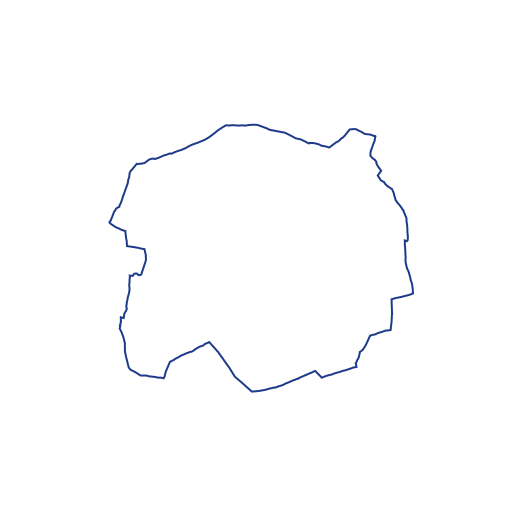 Vegårshei nor, Aust-Agder, Norway, rotated 45°
{"feature_id": "86288312B64085971286736", "entity_name": "Vegårshei nor", "entity_type": "district", "adm_level": 2, "iso_a3": "NOR", "parent_name": "Norway", "parent_adm1": "Aust-Agder", "projection": "mercator", "projection_center": [8.831, 58.755], "detail": "fine", "context": "isolated", "style": "outline", "palette": "blue", "viewbox_px": 512, "rotation_deg": 45, "n_neighbors": 0, "source": "geoboundaries", "source_scale": "gbopen_adm2", "svg_char_len": 6074}
<svg xmlns="http://www.w3.org/2000/svg" viewBox="0 0 512 512"><g transform="rotate(45 256 256)"><path d="M366.6,327.2L367.2,324.9L367.4,324.4L368.0,323.3L370.4,317.2L371.1,315.9L371.4,315.0L371.6,314.6L371.8,314.0L372.7,312.7L372.5,312.3L372.7,311.8L374.0,308.4L374.5,307.3L374.9,305.9L375.6,304.9L375.5,304.6L375.9,303.8L376.0,303.2L376.4,302.5L377.1,300.5L377.7,299.2L378.1,298.2L378.6,296.6L379.2,295.4L388.6,295.5L388.9,294.6L390.6,290.8L390.9,290.2L391.2,289.8L392.0,288.4L392.7,287.3L393.6,285.8L394.3,284.0L395.1,282.4L396.5,279.9L396.9,279.4L399.0,275.1L399.5,274.5L401.7,270.3L402.9,267.8L403.7,265.9L404.6,264.8L405.5,263.4L403.1,261.7L402.4,261.4L401.9,259.7L401.3,258.3L400.8,256.4L400.1,254.6L398.1,251.5L397.3,250.5L397.7,248.4L397.7,247.7L397.7,246.4L397.3,244.1L396.8,242.1L396.2,240.2L393.0,231.6L393.3,231.2L394.1,229.4L395.5,227.6L396.5,224.9L397.1,223.5L399.0,220.1L399.7,218.4L400.3,217.3L401.0,216.3L402.1,215.2L403.5,213.2L403.3,212.8L401.4,210.6L398.5,206.8L396.1,204.1L394.3,202.2L393.0,200.5L392.3,200.0L389.5,197.3L384.8,193.0L384.1,192.2L382.5,190.8L383.4,189.0L384.7,186.7L387.9,181.9L389.0,179.9L391.9,175.1L393.5,171.4L390.3,168.7L389.8,168.2L388.2,167.1L387.2,166.2L385.5,165.1L382.2,163.5L381.8,163.1L378.8,161.3L374.9,159.1L374.1,158.8L372.3,158.3L371.0,157.6L369.2,156.6L365.9,154.4L364.8,153.4L362.6,151.0L354.7,143.9L353.4,143.0L351.6,141.0L350.2,139.8L352.2,138.8L352.0,137.5L349.9,135.1L346.6,132.4L344.5,130.4L341.5,127.7L337.6,124.8L337.4,124.5L335.8,123.0L334.2,122.2L333.1,121.9L332.4,121.5L329.6,120.4L327.7,119.4L326.8,119.6L325.6,119.1L320.7,118.4L319.2,118.4L315.0,117.7L313.3,116.6L310.8,115.4L309.5,114.4L307.0,113.3L304.7,112.5L304.3,112.6L303.4,112.9L301.9,113.1L300.5,113.5L298.6,113.7L295.6,113.6L294.5,113.1L291.8,114.0L290.6,114.2L287.7,113.5L285.2,113.0L284.2,107.2L280.1,106.6L278.1,106.2L275.8,105.4L275.1,104.8L274.4,104.3L271.9,104.0L270.9,104.1L270.4,104.3L268.5,104.4L266.2,104.3L265.3,103.5L264.3,102.5L263.2,101.0L262.3,99.3L261.1,96.5L260.2,95.0L259.4,92.9L258.2,90.2L257.5,89.5L256.4,88.0L256.3,87.7L256.0,87.1L255.7,86.9L255.0,87.1L254.1,88.0L252.7,88.4L252.1,88.9L251.1,89.2L246.6,92.8L243.5,93.5L237.1,95.6L235.6,96.9L232.8,100.2L233.7,108.5L233.6,109.5L233.7,110.3L233.5,111.6L233.1,112.6L233.3,113.8L233.3,114.5L233.2,115.1L233.2,116.5L232.3,119.0L231.5,124.7L231.1,127.5L228.0,129.1L224.3,131.7L222.0,132.4L220.4,133.2L217.6,134.9L216.0,136.2L214.9,137.3L214.1,137.9L214.0,138.8L213.2,139.3L212.8,139.3L211.7,139.8L211.1,139.8L205.0,142.0L200.9,144.7L193.8,146.8L189.2,148.4L176.3,157.2L175.3,157.4L173.4,158.1L165.6,161.7L164.0,162.6L161.7,164.6L161.0,165.5L160.5,165.9L159.2,167.4L157.5,169.6L156.5,171.1L155.7,171.7L153.4,173.9L151.1,176.5L147.5,179.5L146.5,180.5L145.4,181.9L145.2,182.3L142.4,184.7L141.4,188.5L140.2,194.3L140.0,196.5L139.9,197.4L139.8,198.4L139.4,201.4L138.8,205.4L137.4,210.7L136.7,212.3L136.3,213.2L134.6,217.3L133.2,220.1L132.9,220.9L132.3,222.0L131.3,224.7L130.3,227.9L130.2,229.0L129.9,229.7L127.9,234.4L126.2,237.6L125.1,240.1L124.6,241.5L124.1,243.2L122.5,244.5L121.0,247.9L119.8,250.0L117.6,255.6L116.2,258.5L116.0,258.8L114.3,259.9L113.2,261.4L112.7,262.4L112.2,263.7L111.5,268.6L111.3,269.2L110.4,270.7L107.7,274.2L106.5,275.1L107.2,282.3L107.2,284.2L107.8,286.1L108.0,286.7L108.3,287.1L108.8,287.7L110.7,290.1L111.2,291.0L111.5,292.0L114.0,295.5L115.6,298.9L116.6,301.1L116.9,301.8L117.2,302.3L118.8,305.6L119.4,306.8L119.5,307.6L120.2,308.6L120.5,309.2L121.5,311.0L122.4,313.0L123.3,315.0L123.5,316.2L124.6,317.9L124.4,318.5L123.9,319.7L123.6,321.1L123.8,322.2L123.9,322.7L124.2,323.3L124.3,324.0L124.3,324.8L126.2,329.2L126.8,330.3L127.0,331.0L127.6,332.4L127.8,333.2L128.3,333.7L128.2,334.2L128.4,335.4L128.6,335.9L130.2,336.0L135.5,335.0L137.2,334.5L139.8,333.4L142.3,332.6L143.6,332.0L145.9,330.7L148.8,333.1L151.9,335.5L153.9,336.7L155.8,338.5L157.8,340.2L164.8,335.0L165.4,334.7L166.2,334.0L169.5,332.0L172.3,330.0L174.0,331.2L177.1,333.0L180.7,336.3L181.7,337.8L187.9,350.2L187.9,350.5L187.6,351.1L186.9,352.2L186.7,352.5L186.4,352.6L184.3,352.6L183.7,353.2L183.4,353.3L183.1,353.8L182.9,354.2L182.4,354.7L182.5,355.5L182.8,356.4L182.9,357.0L182.7,357.4L182.4,357.5L181.5,358.5L181.2,358.8L180.6,359.1L182.3,360.7L183.3,362.2L184.4,363.2L185.8,364.8L186.8,366.1L187.8,367.0L188.9,367.8L190.7,369.6L192.5,372.1L194.5,375.7L196.1,378.0L196.9,379.3L197.3,380.1L198.2,381.0L199.6,382.9L200.2,383.6L201.4,384.3L202.2,385.0L203.0,387.0L203.2,388.4L203.6,389.7L205.1,391.7L205.8,392.8L206.3,393.5L203.7,394.9L204.3,395.5L204.8,395.8L205.6,396.8L206.4,397.4L206.5,397.5L206.6,397.8L207.1,398.0L207.6,398.9L208.1,400.0L208.6,400.5L208.9,401.4L209.2,401.7L209.7,401.6L210.8,403.6L214.3,404.8L219.1,406.9L224.9,410.3L226.2,411.6L226.8,412.4L228.0,413.3L230.0,415.5L230.8,416.0L231.4,416.7L232.9,417.4L234.6,418.7L240.2,422.0L241.5,422.9L243.5,424.0L244.6,424.7L245.3,424.9L247.3,425.1L248.3,425.0L252.6,423.5L258.9,422.1L261.6,419.4L262.7,418.4L264.0,417.4L265.5,416.7L266.8,415.7L267.0,415.4L267.7,414.9L268.0,414.7L268.3,414.4L269.5,413.4L273.2,410.9L274.6,409.4L275.6,408.8L276.1,408.4L277.1,407.8L276.8,407.4L276.8,406.6L276.6,405.9L276.4,405.5L276.0,405.0L273.9,401.4L270.0,391.7L270.8,389.2L271.5,387.1L271.5,386.1L271.8,385.5L272.2,383.8L272.7,382.7L272.9,382.2L273.0,381.4L273.1,380.6L273.3,380.2L273.9,378.2L274.5,376.9L275.5,374.2L276.5,372.2L277.0,370.8L277.6,370.0L278.1,369.2L278.4,368.3L278.6,367.5L278.9,366.2L278.8,365.7L279.0,364.6L280.1,360.7L280.5,359.5L281.9,356.8L282.1,354.1L282.2,353.7L283.0,352.5L283.8,349.9L287.6,350.2L291.3,350.3L296.3,350.7L297.2,350.6L299.0,351.1L299.5,351.1L302.2,351.6L302.8,351.6L305.9,352.2L316.3,353.9L322.9,355.5L325.4,356.0L326.1,356.3L334.1,355.7L335.0,355.5L335.6,355.6L339.4,355.3L341.0,355.3L344.5,355.1L345.0,355.0L348.8,354.9L351.8,351.5L354.7,347.7L357.3,343.9L359.4,340.1L360.2,338.9L361.9,336.1L362.4,335.6L362.8,335.3L363.1,334.4L363.3,334.2L363.6,333.3L363.7,333.2L363.8,332.8L364.0,332.5L364.1,332.3L364.6,331.4L365.6,329.5L366.1,328.3L366.6,327.2Z" fill="none" stroke="#1e3a8a" stroke-width="2"/></g></svg>